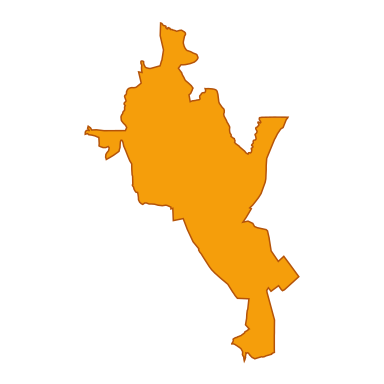 Ixtapangajoya, Chiapas, Mexico (Natural Earth projection)
{"feature_id": "50627088B67018988182398", "entity_name": "Ixtapangajoya", "entity_type": "district", "adm_level": 2, "iso_a3": "MEX", "parent_name": "Mexico", "parent_adm1": "Chiapas", "projection": "natural_earth1", "projection_center": [-92.977, 17.461], "detail": "fine", "context": "isolated", "style": "filled", "palette": "amber", "viewbox_px": 384, "rotation_deg": 0, "n_neighbors": 0, "source": "geoboundaries", "source_scale": "gbopen_adm2", "svg_char_len": 5951}
<svg xmlns="http://www.w3.org/2000/svg" viewBox="0 0 384 384"><path d="M106.3,159.5L109.5,157.7L113.5,155.3L117.7,152.3L119.0,151.3L119.4,149.5L120.0,147.5L120.1,144.8L120.4,141.7L120.9,140.3L121.8,140.2L122.4,141.0L123.0,142.5L123.7,146.0L125.8,150.9L127.7,155.8L129.8,160.8L131.7,163.9L131.8,169.2L132.1,174.7L132.6,176.3L132.8,184.5L132.4,184.8L132.4,185.4L132.6,185.8L133.5,187.0L134.1,189.3L135.1,191.1L136.1,192.3L137.6,192.4L138.0,194.3L138.4,197.2L138.5,199.8L139.6,202.1L141.3,203.7L142.8,204.4L144.7,203.0L146.5,203.0L149.1,204.0L151.6,204.0L154.5,204.2L158.1,205.2L162.3,205.7L165.6,205.2L167.0,205.4L170.9,207.1L170.9,208.9L172.8,208.3L173.3,220.6L183.2,218.6L187.3,229.4L193.1,241.8L198.8,248.8L198.6,249.9L199.7,252.0L201.7,254.5L201.9,255.0L205.0,259.9L209.3,266.6L211.6,269.7L214.9,273.1L221.2,278.7L227.8,284.2L232.7,292.0L233.4,292.9L235.2,295.7L237.4,298.3L248.9,298.8L247.8,309.0L247.2,310.8L246.8,314.3L246.6,318.4L245.5,324.8L249.2,328.9L248.4,329.2L247.9,330.1L247.3,330.4L246.7,330.9L245.0,331.7L244.6,332.8L243.0,334.1L242.3,334.5L241.1,335.6L240.3,335.8L238.7,336.5L238.0,336.7L237.3,337.0L236.8,337.5L236.1,337.5L235.2,337.8L233.9,338.6L233.1,339.2L233.3,340.4L233.2,341.1L232.6,342.5L231.8,343.5L231.9,344.0L232.9,343.8L233.5,343.9L235.0,344.5L239.8,347.7L241.0,348.7L242.6,351.6L242.6,353.3L242.4,354.2L242.5,354.8L243.0,355.9L243.7,356.8L244.0,359.6L244.3,361.0L244.8,359.9L245.6,357.1L245.4,356.4L245.9,354.2L245.9,352.9L246.7,353.2L247.3,352.8L247.8,352.8L248.1,353.0L248.6,353.4L249.1,354.1L250.0,355.1L249.9,355.2L252.3,357.6L253.0,357.8L254.8,358.8L257.9,357.8L261.4,356.8L261.7,356.7L262.7,357.0L264.6,356.6L265.6,356.0L270.7,354.5L271.1,354.3L271.5,353.9L271.7,354.1L272.5,353.2L274.4,352.4L274.3,348.7L274.3,345.7L274.3,335.5L274.4,332.7L274.4,328.1L274.5,320.0L266.9,291.9L266.9,290.7L266.7,290.3L268.4,287.8L271.0,291.3L278.6,285.7L281.3,289.6L282.5,290.7L284.4,289.8L298.8,276.7L291.0,266.0L283.8,256.3L278.3,261.4L271.2,251.0L271.1,250.7L269.2,238.8L269.2,238.3L267.5,230.9L266.1,229.6L257.3,227.7L254.5,226.5L252.8,223.4L248.0,221.1L242.9,222.2L246.1,217.5L248.8,213.0L251.3,208.7L249.7,207.9L252.6,205.2L255.8,201.2L258.6,197.5L261.1,193.5L265.2,182.2L265.8,178.9L266.2,169.7L266.2,165.7L266.7,158.4L274.5,139.4L275.4,137.9L277.4,133.9L280.7,129.0L283.1,127.5L286.1,120.0L286.6,119.1L286.9,118.9L287.5,118.2L288.0,117.2L274.2,117.1L261.7,117.3L260.9,117.5L259.8,117.6L259.5,117.8L259.3,118.1L259.3,119.5L259.5,120.0L260.5,121.3L260.8,122.4L260.6,122.7L260.4,122.9L258.7,122.1L258.4,122.0L258.0,122.1L257.9,122.7L258.0,123.0L258.8,124.2L258.9,125.0L257.4,126.8L256.7,127.3L256.2,127.4L255.7,128.1L255.8,128.9L257.1,131.3L256.7,132.8L255.9,133.7L255.1,134.3L255.0,134.8L255.5,135.7L256.1,138.5L255.8,139.4L255.3,139.9L254.7,140.1L253.9,140.2L253.4,140.6L253.1,141.9L253.3,142.8L253.2,143.2L252.3,144.2L251.9,144.5L251.7,144.9L251.6,145.3L251.7,145.6L252.0,145.8L252.3,145.8L252.5,145.9L252.8,146.4L252.9,146.9L252.5,147.6L251.3,148.3L251.3,149.1L251.8,149.9L251.4,151.9L251.1,152.4L250.5,152.9L250.2,152.9L249.7,152.7L248.6,152.8L248.0,154.1L246.1,153.0L244.7,151.2L239.9,147.1L239.1,146.1L235.9,143.8L234.6,142.4L235.0,141.0L235.0,140.7L234.4,139.3L234.3,138.6L233.4,138.2L231.0,136.4L231.2,135.4L231.1,134.7L230.3,133.5L229.9,132.7L229.7,131.7L229.5,129.7L229.7,127.3L229.6,126.7L227.9,123.4L227.3,122.6L226.9,121.8L226.5,120.6L224.1,116.2L223.8,114.8L223.7,113.8L224.2,112.6L224.3,110.6L223.9,109.1L223.5,108.6L222.7,107.9L221.9,107.0L219.4,103.4L218.8,101.8L217.9,94.4L217.1,91.4L216.8,90.8L215.8,89.8L214.0,89.2L212.2,88.9L208.5,88.6L206.1,88.7L205.1,88.6L205.6,90.3L205.5,91.1L205.4,91.6L205.0,92.2L204.5,92.6L204.2,92.7L203.3,92.6L202.3,92.9L201.8,93.2L201.2,93.9L201.1,94.4L200.0,95.5L199.7,96.0L199.7,96.6L199.7,97.4L200.0,98.2L200.0,98.7L199.9,99.1L199.6,99.4L199.4,99.6L198.9,99.8L196.6,100.1L195.8,100.4L193.0,100.8L192.4,100.8L190.2,101.7L189.0,94.8L190.6,93.5L192.3,89.9L192.5,89.0L193.0,88.1L192.1,86.9L191.3,85.7L188.4,83.0L186.0,81.0L185.0,79.9L183.9,77.5L182.3,74.7L181.6,72.6L180.1,70.7L178.4,68.2L181.1,64.7L183.0,64.8L185.5,64.6L190.2,63.6L194.3,62.1L196.2,60.6L197.3,59.3L198.0,57.9L197.9,57.2L196.9,54.7L196.0,54.1L193.3,53.1L190.7,51.7L187.2,50.5L186.4,50.0L184.9,47.9L184.0,45.8L183.3,43.1L183.4,41.4L184.5,36.2L184.9,35.4L185.3,34.9L185.5,34.3L185.4,33.1L184.9,32.4L184.2,31.8L181.5,30.2L179.5,30.4L176.6,31.3L175.5,30.7L173.0,30.0L172.4,29.9L172.1,29.5L171.5,29.4L170.7,29.6L170.3,29.2L170.1,28.5L169.3,28.5L169.1,27.9L168.8,27.6L168.4,27.6L167.9,27.8L167.7,28.2L167.5,28.9L167.1,28.9L166.8,28.6L166.6,28.2L166.1,28.0L165.9,27.8L165.8,27.5L165.9,27.1L166.0,26.9L166.0,26.5L165.7,26.1L164.2,25.6L163.6,25.6L163.0,25.1L162.4,24.1L161.6,23.3L160.6,23.0L160.2,35.7L163.5,50.0L161.9,60.1L161.4,61.2L160.1,65.8L150.8,68.4L149.6,68.5L148.4,68.3L146.5,67.8L145.3,67.2L143.9,64.4L143.6,63.0L143.7,61.8L142.9,61.1L142.2,61.0L141.3,61.0L140.9,61.6L140.9,63.1L141.1,63.8L141.6,64.8L141.7,65.7L141.5,67.8L141.6,70.1L142.0,72.5L138.6,71.9L141.2,83.0L140.3,83.9L136.5,87.0L135.7,87.4L134.7,87.6L133.6,87.7L131.6,87.6L130.3,87.9L128.8,88.4L127.6,89.4L127.0,90.6L126.5,91.8L126.5,93.2L126.2,94.2L125.9,94.8L125.2,95.1L124.7,95.8L124.6,96.6L125.4,99.0L125.9,100.3L126.0,101.1L125.1,102.1L124.7,102.4L124.3,102.9L124.1,103.6L124.2,104.4L125.3,105.7L124.9,106.3L124.5,107.2L124.7,108.0L124.5,109.2L124.7,109.9L124.4,110.4L124.0,110.9L123.5,111.2L123.0,112.0L122.6,113.7L121.6,115.1L121.1,116.4L121.0,117.1L121.2,119.4L121.4,120.6L123.4,123.2L125.5,125.3L126.7,127.5L125.4,130.6L104.1,130.7L96.4,129.8L91.7,130.0L90.5,127.8L88.2,126.2L87.6,128.3L89.6,131.0L88.1,130.1L86.3,130.5L85.3,132.0L85.2,134.3L86.4,133.9L87.6,133.6L88.7,134.7L91.7,135.1L95.0,135.9L97.7,137.1L98.8,137.4L99.0,140.2L99.2,143.6L99.0,145.9L100.3,146.6L103.1,147.6L105.7,147.6L108.2,146.5L109.2,147.8L108.6,150.6L106.9,152.7L105.9,154.4L105.6,157.2L106.1,158.6L106.3,159.5Z" fill="#f59e0b" stroke="#b45309" stroke-width="1.5"/></svg>